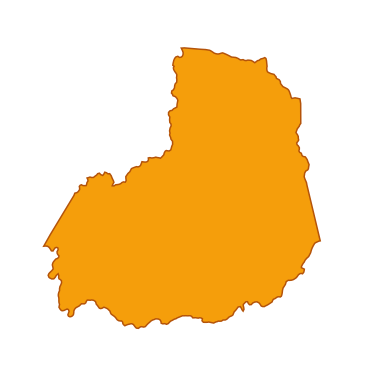 Boa Vista do Tupim, Bahia, Brazil (Natural Earth projection), rotated 11°
{"feature_id": "56859067B5310344538767", "entity_name": "Boa Vista do Tupim", "entity_type": "district", "adm_level": 2, "iso_a3": "BRA", "parent_name": "Brazil", "parent_adm1": "Bahia", "projection": "natural_earth1", "projection_center": [-40.706, -12.743], "detail": "fine", "context": "isolated", "style": "filled", "palette": "amber", "viewbox_px": 384, "rotation_deg": 11, "n_neighbors": 0, "source": "geoboundaries", "source_scale": "gbopen_adm2", "svg_char_len": 5976}
<svg xmlns="http://www.w3.org/2000/svg" viewBox="0 0 384 384"><g transform="rotate(11 192 192)"><path d="M327.2,215.5L303.5,163.3L302.6,161.0L300.1,157.3L299.2,155.6L299.0,151.9L299.7,149.7L301.3,148.3L301.8,147.1L301.7,144.7L301.7,142.8L300.0,140.2L298.9,138.3L297.6,136.9L296.5,135.9L294.4,135.9L293.1,135.3L291.9,133.1L290.1,132.5L289.1,131.3L289.2,129.5L288.9,128.0L287.6,126.5L286.1,125.5L285.4,123.8L286.3,122.1L286.8,120.6L286.1,119.0L285.7,117.2L284.5,115.6L282.7,113.8L283.1,111.2L283.3,109.9L284.7,107.0L285.0,105.3L285.7,104.0L281.8,84.4L280.2,80.0L277.5,79.9L275.2,79.9L272.2,81.1L271.1,79.9L270.3,78.1L269.2,76.2L268.1,74.4L267.1,73.3L265.9,72.6L264.3,72.1L261.1,71.2L259.5,69.8L258.2,68.6L257.6,66.6L256.0,65.1L254.3,64.7L253.1,64.2L252.4,62.7L251.3,62.0L250.1,60.9L246.8,60.7L244.7,60.2L243.3,59.7L242.3,58.3L241.7,56.0L241.7,54.3L240.8,51.4L240.1,49.0L239.1,46.8L237.8,46.2L236.2,47.3L234.1,48.3L232.7,49.9L231.2,50.6L229.0,53.1L227.8,52.6L226.6,52.1L225.1,51.6L223.2,51.7L221.6,51.9L220.0,52.7L218.6,52.8L216.9,52.3L214.6,53.1L213.4,52.8L212.0,52.2L210.8,51.9L209.3,51.6L205.1,52.0L202.2,51.1L199.6,50.4L196.8,49.8L195.5,49.6L194.3,50.1L192.7,51.0L191.3,51.6L189.5,51.7L187.5,51.5L184.2,50.1L182.3,49.5L178.2,49.6L172.9,50.3L157.0,52.0L154.0,52.8L155.5,54.8L156.7,56.8L157.0,58.7L156.6,60.6L155.7,61.7L154.0,62.3L152.2,61.5L150.4,62.5L149.5,64.1L149.0,66.4L148.9,69.2L149.0,71.3L150.4,72.0L150.0,73.7L150.6,75.2L152.0,76.9L153.4,78.2L154.6,79.5L154.9,81.0L155.0,82.8L155.7,84.6L156.0,87.2L154.9,89.0L154.7,90.7L154.9,93.2L154.2,95.3L152.9,96.6L153.0,98.9L154.3,99.9L154.9,101.1L156.2,101.4L157.6,101.6L159.6,103.2L160.6,104.8L160.6,107.0L160.6,108.7L160.8,110.2L160.9,111.6L158.1,113.8L156.8,115.7L155.0,116.4L153.8,118.3L154.2,120.7L155.9,122.6L156.2,125.4L157.0,128.0L158.4,129.3L158.9,131.1L158.3,133.4L158.3,136.3L159.2,138.5L159.1,140.3L160.6,142.5L161.3,144.2L163.2,145.9L163.9,148.9L163.4,151.1L163.3,152.8L163.1,154.8L161.7,156.1L160.4,156.2L158.8,156.2L157.9,157.1L157.3,159.0L157.2,160.9L155.6,163.5L154.5,164.9L153.1,164.7L151.3,164.8L149.8,164.7L148.3,165.5L146.1,166.3L144.1,166.3L142.6,166.9L143.1,168.6L142.8,170.1L141.9,171.0L140.7,171.5L139.2,171.7L137.1,171.8L136.8,173.6L136.4,175.8L135.4,177.0L134.1,177.7L132.7,177.7L131.1,178.6L129.5,179.6L128.1,180.6L127.1,184.0L125.6,186.0L124.1,189.5L124.6,191.6L125.2,193.3L124.6,195.1L122.7,195.2L121.4,196.1L120.5,197.3L119.1,198.3L117.3,199.0L115.8,199.4L114.3,200.9L112.5,201.1L112.9,199.1L113.5,197.4L112.6,195.8L111.8,194.8L110.6,193.1L109.6,191.5L107.7,189.7L106.1,190.2L104.3,189.4L102.6,189.2L102.1,191.1L101.2,192.8L99.2,192.4L97.5,191.2L95.9,192.0L95.1,193.6L94.1,194.6L92.5,196.5L90.8,196.9L89.0,196.8L87.7,197.6L86.3,198.3L87.3,199.6L87.8,201.0L87.1,202.8L87.1,204.5L86.9,205.9L85.2,206.3L83.6,206.5L82.1,206.0L81.0,206.7L80.3,208.0L80.9,209.5L81.2,211.1L80.2,213.4L79.1,214.6L77.2,215.5L76.8,217.9L61.0,260.9L56.8,273.5L58.4,273.0L60.5,272.8L62.1,273.5L63.2,274.4L65.2,276.6L66.8,276.4L67.4,274.8L68.4,272.8L69.8,272.2L71.0,272.5L71.6,274.0L70.9,276.4L71.5,278.2L72.5,279.3L73.6,280.1L73.6,281.5L72.6,282.9L71.2,283.7L70.2,285.3L69.3,287.1L68.9,288.4L68.8,290.2L69.8,292.4L70.4,294.0L69.5,295.8L67.8,298.2L67.1,299.4L66.7,301.2L67.9,303.1L69.0,303.6L70.9,304.1L72.9,303.6L74.0,301.8L74.7,299.8L76.2,297.8L77.2,299.6L77.4,301.4L78.0,302.6L79.2,303.0L80.7,303.9L81.3,306.0L81.0,307.9L80.4,310.2L80.4,312.0L80.8,314.2L80.4,315.9L80.3,317.8L80.6,319.5L81.4,321.2L81.8,322.6L82.1,324.3L82.5,325.8L83.4,327.6L83.4,330.5L84.8,332.1L85.9,333.0L87.1,333.4L88.8,332.8L91.7,330.7L93.1,331.0L94.1,332.6L93.8,334.7L93.6,336.3L94.4,337.4L95.7,337.8L96.9,337.5L98.2,336.5L99.0,335.1L99.0,333.3L98.7,331.1L99.3,329.1L100.1,327.8L101.5,326.6L102.9,325.5L103.8,324.3L104.8,322.8L106.3,322.6L107.9,322.2L108.9,321.0L109.1,319.5L109.8,318.1L111.4,317.8L112.7,317.7L114.2,317.1L116.2,317.1L118.2,318.0L119.6,320.6L120.7,321.3L121.6,322.2L123.2,323.7L124.3,323.9L125.7,323.4L127.5,321.9L128.9,322.1L131.3,322.7L134.2,324.6L135.0,326.1L136.0,327.3L139.7,329.0L141.1,330.0L142.8,331.6L144.4,332.3L146.1,332.3L147.5,332.0L148.7,332.9L149.3,334.5L150.3,335.4L151.6,336.1L153.1,335.0L154.5,334.2L155.9,333.6L157.1,333.0L158.3,332.8L159.8,333.3L162.0,335.3L163.3,336.2L165.3,336.1L166.3,335.1L167.2,334.1L168.4,333.8L170.4,333.8L171.9,333.0L173.1,330.9L174.3,329.1L175.2,328.1L176.0,326.8L177.7,325.2L179.2,324.4L180.6,323.4L183.3,323.1L185.0,323.6L186.2,325.0L186.8,326.7L188.5,327.0L190.4,326.4L192.3,326.7L193.9,325.6L194.6,324.3L195.7,322.8L197.3,321.6L199.0,320.1L200.4,319.5L201.5,318.4L206.3,315.3L207.5,315.1L209.6,314.6L211.2,314.4L212.4,314.1L213.9,313.8L215.3,314.1L216.8,315.4L218.4,315.0L219.6,314.7L220.9,314.7L222.3,314.6L223.4,314.0L224.8,313.9L226.4,314.4L226.4,316.5L228.0,317.7L230.4,317.3L232.1,316.9L233.3,316.4L236.0,316.5L238.3,316.5L240.2,315.0L241.4,314.5L242.5,313.7L244.1,313.5L245.5,313.1L247.0,311.7L249.0,311.3L250.4,310.3L251.4,308.9L252.4,307.5L253.5,306.7L254.6,306.0L255.6,304.9L256.2,301.8L257.8,299.1L258.5,297.6L259.3,296.0L261.3,295.3L262.6,296.7L263.7,298.2L264.9,299.2L265.4,297.3L264.7,295.2L264.1,294.0L263.8,292.6L264.7,291.2L265.8,289.5L267.4,289.1L268.6,290.7L270.0,291.7L271.7,291.2L272.7,289.5L274.5,288.1L276.7,287.4L279.0,288.1L280.1,289.0L281.7,290.7L283.3,291.0L284.9,290.7L285.8,289.8L287.1,288.9L288.5,287.7L291.6,284.6L291.8,283.2L292.4,281.7L293.6,281.0L294.8,279.8L295.9,278.7L297.3,278.2L298.7,278.2L299.6,277.2L299.8,275.8L299.8,273.7L299.6,271.2L299.7,269.0L301.3,264.9L301.6,262.0L303.3,260.3L304.8,260.1L306.7,259.5L308.3,258.6L309.6,257.4L310.8,256.1L311.5,254.7L312.3,252.9L313.5,251.6L314.7,251.1L316.1,251.2L317.0,249.5L317.1,247.9L317.0,246.3L315.2,245.8L313.8,245.4L313.7,244.0L314.2,242.4L314.7,240.9L315.5,239.4L316.0,237.4L317.0,235.6L317.8,234.4L318.8,233.2L320.0,229.1L320.3,225.8L320.6,224.2L321.0,222.6L321.5,221.0L322.2,219.0L323.2,218.0L324.7,216.9L326.0,216.0L327.2,215.5Z" fill="#f59e0b" stroke="#b45309" stroke-width="1.5"/></g></svg>